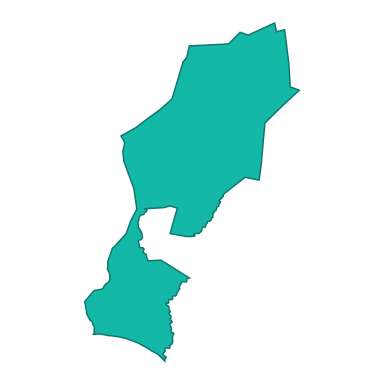 Magdalena Jaltepec, Oaxaca, Mexico (Albers equal-area conic projection)
{"feature_id": "50627088B54768587379535", "entity_name": "Magdalena Jaltepec", "entity_type": "district", "adm_level": 2, "iso_a3": "MEX", "parent_name": "Mexico", "parent_adm1": "Oaxaca", "projection": "albers", "projection_center": [-97.263, 17.244], "detail": "fine", "context": "isolated", "style": "filled", "palette": "teal", "viewbox_px": 384, "rotation_deg": 0, "n_neighbors": 0, "source": "geoboundaries", "source_scale": "gbopen_adm2", "svg_char_len": 5493}
<svg xmlns="http://www.w3.org/2000/svg" viewBox="0 0 384 384"><path d="M121.0,136.0L124.6,142.1L124.3,145.0L122.8,151.5L123.8,161.0L127.5,171.2L133.8,188.3L136.9,209.1L130.5,221.3L126.2,233.6L114.8,246.1L114.7,246.2L112.4,248.3L107.7,261.9L107.9,262.8L107.8,264.0L107.8,264.4L108.1,265.2L107.9,265.7L107.7,266.3L107.7,267.0L107.4,268.0L107.6,269.3L108.0,270.2L108.4,271.4L109.0,272.1L109.4,273.2L109.8,275.6L109.9,276.6L109.9,277.7L109.9,278.9L109.7,279.7L109.4,280.7L108.4,282.3L107.2,282.9L105.9,284.0L105.0,284.9L104.5,285.7L103.9,286.4L103.5,287.3L103.3,288.1L101.9,289.1L94.0,290.6L84.7,301.6L85.5,305.7L86.7,312.1L86.4,313.1L86.5,313.6L86.8,314.1L87.1,314.4L87.4,314.7L88.0,316.6L88.5,317.3L88.9,317.7L89.4,319.1L89.5,319.5L90.3,320.3L90.7,320.7L91.2,321.0L91.6,321.2L92.1,321.6L92.3,322.3L92.4,322.9L92.6,323.4L93.0,323.8L93.1,324.2L92.9,324.7L93.2,325.1L93.5,325.6L94.1,326.3L94.3,327.2L94.4,328.1L94.3,328.8L94.1,329.3L94.3,330.0L94.0,331.0L94.1,331.8L94.4,332.5L94.2,332.9L93.9,333.4L93.7,333.7L92.8,334.5L92.7,334.6L93.8,334.2L94.8,334.3L96.1,334.2L97.6,334.0L98.9,334.0L100.5,334.1L102.1,334.4L103.5,334.6L107.2,335.2L108.6,335.7L110.6,335.6L112.1,335.9L113.4,336.1L115.1,336.3L116.1,336.5L117.2,336.6L118.6,336.8L119.5,337.0L120.9,337.3L122.3,337.6L123.6,337.9L124.7,338.1L125.5,338.3L127.6,339.0L129.5,339.9L130.9,340.2L131.8,340.5L133.6,341.2L135.8,342.2L136.6,342.3L137.7,342.9L138.9,343.3L140.2,344.1L140.7,344.3L141.5,345.0L142.5,345.4L143.0,345.7L143.6,346.1L144.7,346.6L145.3,347.0L146.5,347.6L147.2,348.0L148.4,349.0L149.4,349.3L150.0,349.8L150.6,350.2L152.3,351.3L153.2,351.6L153.7,351.9L155.5,352.9L156.5,353.5L157.3,354.0L158.0,354.5L158.9,355.0L159.4,355.6L160.4,356.7L161.1,357.3L161.7,358.0L162.2,358.5L162.4,358.6L163.4,359.9L164.8,361.0L164.6,359.3L166.1,357.9L166.1,357.0L164.0,355.8L163.0,353.5L163.8,353.0L165.3,350.8L164.8,348.6L164.9,348.1L166.4,347.9L167.9,348.3L169.3,348.4L169.9,347.7L170.2,344.9L170.9,344.3L171.9,344.0L172.7,342.2L172.5,336.3L173.8,333.8L173.3,332.9L172.0,332.6L171.3,332.3L171.0,331.0L171.4,328.6L171.3,328.1L171.2,327.4L169.7,324.7L170.6,323.1L171.9,322.5L172.2,321.5L170.3,319.7L170.4,319.0L170.8,318.1L171.0,316.5L170.5,315.5L169.2,314.1L168.6,313.2L169.5,312.7L170.2,312.0L170.2,311.2L168.9,309.3L169.0,307.2L168.6,306.4L166.7,305.0L165.8,303.7L165.9,303.1L166.6,302.9L167.9,303.4L168.6,302.8L168.6,300.0L169.0,299.6L171.5,299.5L172.3,299.4L172.7,298.6L172.5,296.3L173.3,295.8L175.3,296.0L176.3,295.1L177.0,293.0L178.8,289.8L179.7,289.2L179.3,286.9L181.7,282.6L182.5,281.7L183.7,281.5L185.4,282.0L186.3,282.0L186.9,281.0L186.8,279.7L187.0,278.7L188.5,278.2L189.4,278.0L161.8,260.7L160.8,260.1L147.8,260.9L147.8,260.7L147.9,260.3L147.7,259.7L147.5,259.2L147.2,258.5L146.8,257.9L146.5,257.0L146.6,255.7L146.3,255.0L145.8,254.2L144.9,253.5L144.2,253.2L143.7,252.8L143.4,252.0L143.3,251.3L143.4,250.7L143.6,250.3L143.8,249.8L144.0,248.9L143.3,248.1L142.5,247.8L141.7,247.7L141.0,247.6L140.6,247.7L139.9,247.6L139.4,246.7L139.4,246.0L139.3,245.4L139.1,244.1L138.8,243.2L138.5,242.4L138.4,241.5L138.6,240.6L139.5,240.2L140.4,239.8L141.2,239.3L141.9,238.8L142.4,237.7L142.5,236.5L142.2,235.8L142.0,235.0L142.0,234.0L141.7,233.2L141.5,232.3L138.5,227.3L138.2,226.0L138.5,224.5L138.1,223.2L137.9,222.4L138.7,220.6L138.8,219.0L139.1,218.1L139.5,216.9L139.9,216.0L140.8,215.1L141.9,214.8L143.1,214.6L143.7,214.4L144.3,213.7L144.7,212.7L145.1,212.3L145.7,212.1L146.2,211.8L146.6,210.9L146.8,210.6L146.8,209.9L146.8,209.5L147.0,209.2L147.4,208.8L146.8,208.9L146.0,209.2L144.0,208.7L163.5,207.7L170.0,205.9L177.3,208.1L170.1,233.5L186.3,236.5L192.4,236.5L192.9,236.3L194.6,236.1L194.7,235.8L194.7,235.5L194.5,235.3L194.0,234.9L194.1,234.4L194.6,234.1L195.2,234.1L195.9,233.2L196.6,233.2L197.3,233.3L197.7,233.6L198.0,233.7L198.7,233.4L199.3,233.1L199.8,232.6L200.7,232.1L201.0,231.5L201.4,231.3L201.9,230.4L201.5,230.0L201.4,229.8L202.3,227.8L202.7,227.4L203.7,227.3L204.0,227.1L205.3,227.0L205.5,226.8L205.6,226.4L205.6,225.6L205.8,225.2L205.8,224.6L206.4,224.1L206.7,223.6L207.1,223.2L207.3,222.6L207.4,222.3L207.5,221.8L207.7,221.4L208.4,221.3L209.1,221.1L209.7,221.2L210.5,220.8L211.0,220.4L211.1,219.9L211.1,219.6L211.5,219.2L211.5,218.4L211.6,218.2L212.5,217.5L213.0,217.2L213.0,216.9L212.7,216.2L212.8,215.7L212.9,215.1L213.0,214.5L212.6,213.8L212.8,213.4L213.4,213.0L214.0,212.7L214.0,211.5L214.8,210.9L215.7,210.7L216.2,209.8L216.8,207.6L217.3,206.8L218.0,206.4L218.7,206.1L218.5,205.3L219.1,204.4L219.1,203.9L219.8,203.4L220.0,202.9L220.4,202.2L220.5,201.8L219.8,201.6L219.2,201.2L219.4,200.6L219.4,200.2L219.7,200.0L220.3,199.7L220.5,199.1L221.3,198.6L221.6,198.3L221.2,197.8L221.8,197.0L222.3,197.0L222.9,196.8L223.3,196.3L223.2,196.0L223.2,195.4L223.6,194.3L224.1,193.7L244.4,177.8L244.5,177.7L244.9,177.3L245.4,177.4L246.2,177.5L251.5,178.6L259.1,180.1L259.8,174.9L260.7,168.2L261.1,165.1L261.2,164.0L261.6,160.1L262.6,149.2L263.4,139.6L263.9,134.4L264.9,123.6L265.0,123.0L268.2,119.8L273.5,114.5L275.9,112.2L277.2,110.9L280.0,108.2L283.2,105.1L287.3,101.3L293.4,95.6L299.3,90.3L295.2,88.7L292.1,87.5L291.6,87.5L290.7,87.4L290.2,87.1L289.9,81.8L288.9,64.4L287.5,52.9L285.9,39.6L284.8,31.1L284.6,29.8L276.4,31.7L274.6,23.0L254.6,32.2L248.3,35.1L240.1,32.3L228.7,43.8L220.8,44.4L189.2,45.9L189.1,46.9L187.2,55.3L186.8,57.0L186.4,57.9L183.1,61.9L181.5,67.2L177.8,79.6L172.0,99.0L161.7,108.1L159.0,110.4L154.9,113.4L150.1,116.8L146.2,119.7L141.7,123.1L136.0,127.5L121.0,136.0Z" fill="#14b8a6" stroke="#0f766e" stroke-width="1.5"/></svg>